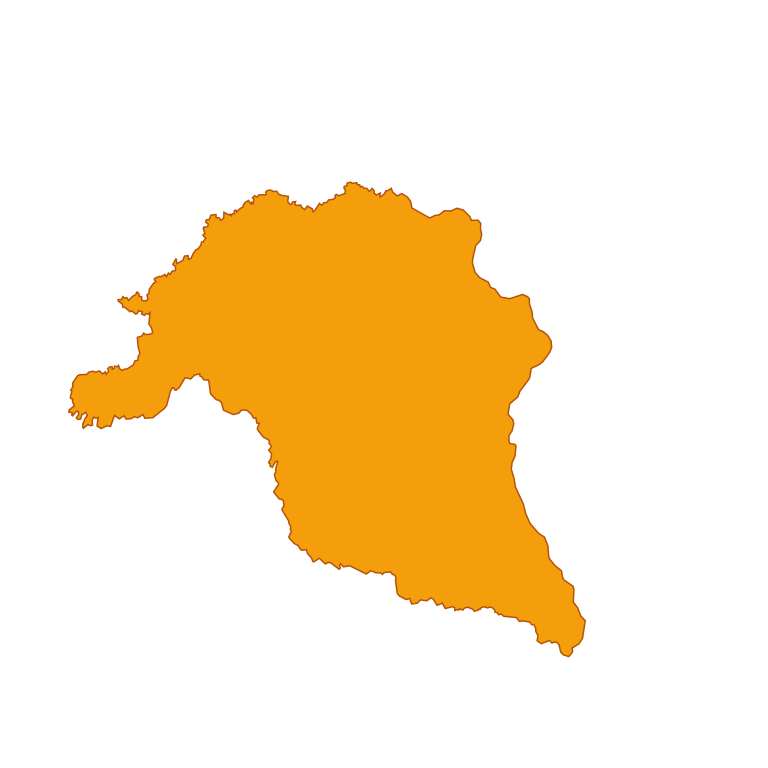 outline of Anzoátegui, Tolima, Colombia, rotated 204°
{"feature_id": "7082276B15169837386348", "entity_name": "Anzoátegui", "entity_type": "district", "adm_level": 2, "iso_a3": "COL", "parent_name": "Colombia", "parent_adm1": "Tolima", "projection": "equal_earth", "projection_center": [-75.176, 4.624], "detail": "fine", "context": "isolated", "style": "filled", "palette": "amber", "viewbox_px": 768, "rotation_deg": 204, "n_neighbors": 0, "source": "geoboundaries", "source_scale": "gbopen_adm2", "svg_char_len": 6170}
<svg xmlns="http://www.w3.org/2000/svg" viewBox="0 0 768 768"><g transform="rotate(204 384 384)"><path d="M100.2,226.1L99.2,232.3L103.9,249.7L109.7,251.9L116.1,258.3L122.3,261.7L126.9,273.5L128.9,276.1L139.7,278.1L142.4,280.1L145.8,285.5L154.0,287.6L161.5,291.5L163.8,294.1L168.2,302.4L175.1,309.4L182.0,310.4L194.0,316.1L201.9,323.3L207.9,331.0L222.2,343.5L226.5,350.3L233.0,357.9L235.0,364.2L235.0,371.5L238.3,381.2L239.8,382.1L244.8,380.8L246.5,382.5L248.9,387.8L248.0,393.5L249.3,400.5L251.8,403.8L258.4,406.9L260.9,416.0L260.7,417.8L256.5,426.6L256.9,432.7L253.6,447.1L253.5,449.1L255.8,458.2L250.2,464.8L248.0,469.0L245.5,480.4L245.7,485.6L248.7,491.1L254.3,495.0L259.8,496.6L264.8,496.5L275.0,504.6L278.0,510.0L283.7,516.3L285.9,521.0L288.5,522.2L293.9,522.1L303.8,513.1L312.7,510.9L321.4,515.8L326.0,515.6L330.3,519.5L339.8,520.0L346.1,523.0L352.0,529.8L353.8,533.9L356.5,548.0L354.3,554.2L355.5,560.2L359.1,565.2L361.0,570.1L364.8,571.9L370.7,569.0L373.8,571.9L382.5,575.2L388.9,574.2L392.9,569.5L399.4,566.7L402.6,560.7L405.9,558.8L409.8,554.2L430.2,556.2L433.9,561.6L438.4,564.2L445.2,565.2L448.5,561.1L454.2,562.9L456.9,565.7L459.4,562.0L460.9,561.3L461.0,558.1L463.4,553.2L464.4,554.1L465.0,556.9L468.0,553.5L470.8,554.5L471.5,556.6L474.5,557.9L474.9,555.3L476.1,554.1L479.2,555.7L481.6,554.8L484.4,555.7L485.7,554.4L487.3,556.1L489.3,555.2L490.7,556.8L494.7,554.4L496.5,554.8L499.4,552.6L498.6,549.9L500.7,548.3L500.1,546.5L498.1,545.4L497.1,542.3L501.7,537.6L504.7,537.8L505.4,536.3L504.3,534.7L505.3,532.2L509.4,529.7L510.2,526.5L512.7,525.2L513.3,522.6L514.5,522.0L516.4,522.8L517.9,514.0L519.2,512.5L520.7,514.8L526.4,515.5L527.4,511.1L531.3,512.0L532.6,513.6L536.9,511.5L538.7,511.9L539.0,514.7L541.5,513.1L541.8,510.3L542.6,509.7L546.2,511.5L547.6,516.5L554.5,514.6L557.6,514.6L560.4,516.5L563.3,514.9L566.4,515.1L569.4,513.2L570.2,511.1L568.7,509.6L568.9,508.7L575.0,506.1L576.2,503.0L578.8,503.4L579.9,500.5L578.3,500.2L576.7,495.6L578.8,496.1L578.3,494.7L579.0,494.3L582.4,496.6L584.8,493.2L585.3,490.1L584.7,488.6L587.4,484.7L588.4,481.3L590.0,482.6L590.9,482.0L591.1,480.7L589.9,478.8L591.8,477.7L592.0,475.6L593.4,476.6L594.6,475.3L600.1,475.8L597.9,470.4L598.8,468.1L600.1,467.3L602.1,468.8L605.2,467.7L606.4,470.5L610.8,467.9L610.6,462.9L612.6,462.2L613.2,460.4L612.2,459.0L609.9,458.9L609.0,457.0L610.3,454.8L612.4,454.3L612.5,452.8L608.7,448.4L610.0,446.9L609.7,446.0L606.2,444.8L607.1,440.0L608.4,439.6L607.8,436.3L608.7,432.0L610.4,430.1L611.3,426.2L611.4,420.3L613.5,418.3L615.2,421.6L618.3,419.7L618.0,415.0L622.3,409.7L624.4,413.5L625.1,413.3L625.5,407.4L622.3,406.5L621.0,403.9L621.2,402.3L623.5,400.9L623.9,397.1L626.1,397.7L626.4,393.3L628.7,395.0L631.5,391.2L632.9,391.0L636.4,387.3L636.3,385.9L633.9,384.5L635.5,382.4L636.9,375.3L635.6,371.1L636.8,369.0L634.5,365.9L634.4,364.0L637.0,362.2L639.4,361.9L640.8,365.1L643.1,364.4L644.4,366.6L646.8,367.7L647.4,366.8L646.9,365.0L649.2,362.1L651.3,356.5L654.0,358.2L656.1,357.1L658.1,357.6L658.0,354.6L661.2,352.9L660.3,351.5L655.8,350.7L653.8,348.0L651.1,348.5L645.5,346.7L644.0,348.1L639.2,346.9L638.4,347.6L637.7,351.3L634.0,351.5L633.9,349.4L630.8,349.2L629.9,351.5L627.5,352.0L626.8,354.0L623.3,343.3L619.6,341.0L616.1,336.8L618.2,334.1L622.3,332.1L624.2,332.8L624.8,329.3L628.3,326.2L623.8,318.1L619.5,312.7L619.7,308.6L618.4,305.7L620.9,303.9L620.8,299.5L625.1,292.8L626.5,292.5L629.0,289.8L631.8,290.5L634.1,293.0L634.8,291.4L637.4,290.7L637.0,288.5L638.2,286.9L639.5,289.2L641.8,287.7L642.6,285.6L640.7,283.7L641.8,279.8L643.6,281.8L645.1,278.7L649.3,280.2L652.2,277.5L655.1,277.3L658.2,275.0L659.7,271.7L665.8,268.7L667.2,267.1L668.8,258.5L667.2,254.8L667.7,250.8L666.2,250.6L665.2,244.4L664.2,243.3L662.2,243.6L661.5,241.4L658.1,238.0L661.1,232.2L660.5,230.2L657.1,230.9L656.5,228.5L655.6,228.2L653.9,233.6L652.4,234.8L650.5,232.1L651.4,227.9L649.2,227.1L646.9,228.5L647.5,233.1L644.9,236.8L642.2,234.5L643.0,231.4L642.9,225.3L641.9,222.3L640.6,221.3L638.0,226.5L635.2,226.6L633.5,227.9L635.9,232.3L635.6,235.8L633.3,235.5L631.5,237.1L629.1,229.0L624.4,228.2L620.2,233.1L616.6,234.0L617.4,245.7L611.7,244.5L608.5,249.2L605.3,247.0L600.8,249.6L598.9,252.5L595.3,253.0L591.6,258.1L588.6,255.4L581.4,259.3L574.8,272.1L573.8,275.8L576.2,290.6L575.8,294.4L574.6,295.1L572.7,293.4L571.5,293.7L569.5,297.8L568.3,308.9L562.6,310.0L560.7,315.1L556.4,318.3L555.4,316.4L553.2,316.4L550.3,314.5L545.7,316.2L538.4,304.4L530.7,301.4L528.3,302.0L525.1,301.0L519.9,294.8L509.3,294.8L504.9,298.2L503.3,302.4L498.7,304.2L493.0,302.5L489.4,299.8L487.0,300.7L484.4,296.6L482.0,297.4L481.7,292.1L480.8,290.7L472.6,286.4L465.8,285.8L465.0,283.2L461.9,281.5L461.4,280.0L462.5,276.7L458.4,274.7L457.0,270.0L457.5,265.3L455.7,264.7L454.6,262.6L452.1,262.5L451.6,268.3L450.4,270.0L449.5,269.9L448.5,262.4L447.0,259.6L447.3,256.6L443.4,251.9L440.2,250.7L439.5,249.3L441.0,240.5L433.0,236.4L430.2,237.0L428.4,236.3L425.7,231.8L426.4,229.1L425.8,227.4L415.5,220.2L413.6,217.4L411.3,216.0L410.3,212.8L408.7,211.9L408.8,205.8L407.9,204.6L400.8,201.7L397.0,201.6L392.9,198.8L391.4,198.7L387.7,201.1L384.7,197.9L379.6,195.7L376.7,192.8L375.6,193.3L372.2,198.5L364.5,195.7L362.4,198.3L360.1,199.0L349.6,196.5L349.0,198.1L350.8,200.3L350.5,202.1L346.6,200.5L341.3,204.0L322.9,203.2L320.0,208.2L314.8,208.2L310.0,210.0L308.0,209.4L307.3,211.7L301.7,215.0L298.8,213.5L296.6,213.8L294.3,212.0L293.6,209.2L286.5,197.8L283.6,196.6L276.2,196.1L273.4,198.4L269.2,194.3L264.4,197.4L262.9,201.6L256.7,203.4L254.3,207.6L251.6,207.6L245.6,203.4L241.5,207.5L236.7,203.8L230.7,208.6L228.2,208.2L227.2,205.9L225.0,208.0L223.7,207.9L223.4,209.4L219.9,209.6L219.4,212.0L216.6,214.2L210.8,214.3L209.3,213.1L206.2,215.4L205.8,216.9L204.7,216.9L204.2,219.2L201.9,221.3L198.5,221.5L195.9,223.7L192.9,223.5L190.5,222.2L189.9,220.7L187.2,221.1L185.4,219.8L183.4,221.6L180.2,220.5L167.8,224.5L164.7,222.4L163.1,222.4L161.6,223.8L153.9,225.9L151.6,224.3L148.6,224.8L145.8,222.1L144.8,219.8L140.9,216.7L139.7,211.7L134.6,210.8L128.6,216.9L125.3,215.7L123.0,217.7L120.4,218.2L117.8,216.7L113.5,210.9L109.9,209.5L104.3,210.2L102.9,214.9L103.2,217.2L104.8,219.2L100.2,226.1Z" fill="#f59e0b" stroke="#b45309" stroke-width="1.5"/></g></svg>